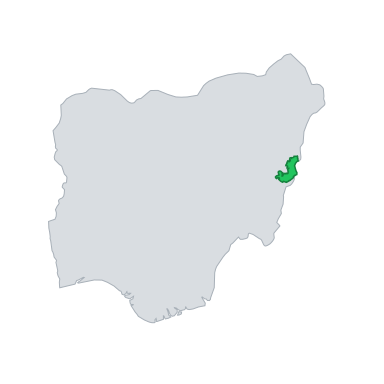 location of Fufore, Adamawa, Nigeria, rotated 349°
{"feature_id": "59680162B6607126567740", "entity_name": "Fufore", "entity_type": "district", "adm_level": 2, "iso_a3": "NGA", "parent_name": "Nigeria", "parent_adm1": "Adamawa", "projection": "mercator", "projection_center": [12.553, 9.248], "detail": "fine", "context": "in_parent", "style": "filled", "palette": "green", "viewbox_px": 384, "rotation_deg": 349, "n_neighbors": 0, "source": "geoboundaries", "source_scale": "gbopen_adm2", "svg_char_len": 7117}
<svg xmlns="http://www.w3.org/2000/svg" viewBox="0 0 384 384"><g transform="rotate(349 192 192)"><path d="M315.2,75.2L326.6,91.3L329.0,103.2L329.9,109.0L331.8,109.7L335.3,110.0L337.9,111.2L339.4,113.1L340.4,114.9L340.6,116.0L339.8,123.1L339.0,125.7L339.5,129.2L339.3,130.6L338.9,131.7L337.3,132.8L335.2,134.0L330.0,137.4L328.5,137.9L326.4,137.9L324.5,138.8L322.3,140.6L317.5,147.4L313.4,154.2L310.4,165.1L306.8,168.6L306.2,171.6L305.6,178.4L305.0,180.5L304.5,181.1L300.6,182.4L298.3,184.0L297.0,187.1L295.3,197.6L294.7,199.3L293.4,201.1L291.4,203.1L289.7,204.2L285.3,204.9L281.0,212.8L281.0,214.2L279.1,221.3L275.8,226.7L275.6,230.2L271.5,234.9L269.4,238.1L271.6,241.5L271.8,242.1L264.8,247.8L264.3,248.6L264.0,252.6L263.5,253.6L262.2,255.1L260.3,256.7L258.4,257.9L256.2,258.7L254.1,259.1L253.0,258.6L252.3,257.4L251.1,252.5L250.5,251.5L249.2,250.6L243.8,245.3L240.5,243.4L239.8,243.5L239.3,244.0L238.4,246.7L237.4,247.7L235.7,248.0L232.7,248.1L230.5,247.7L230.1,247.2L229.0,245.1L222.3,249.9L220.0,251.0L217.0,256.7L212.7,259.5L209.8,262.0L202.0,269.8L200.5,272.1L198.9,275.5L195.6,290.1L190.2,299.2L189.5,301.1L189.2,301.1L188.5,301.9L186.4,301.4L185.5,299.7L184.2,299.4L181.9,296.9L181.5,297.3L183.8,303.6L183.0,306.1L176.4,306.1L170.7,307.0L166.8,306.9L164.8,306.0L164.0,303.6L163.6,303.9L163.5,305.1L162.2,306.1L157.8,306.3L155.9,304.7L154.4,302.9L152.7,302.1L152.9,302.9L154.9,304.6L154.6,307.1L151.1,310.1L148.9,310.2L147.5,309.0L146.8,306.9L146.4,303.9L145.5,301.9L145.0,301.9L145.6,305.2L145.6,308.3L147.3,310.7L144.7,311.4L141.6,311.5L141.2,310.6L140.9,308.6L140.3,308.1L139.7,311.5L133.3,312.4L132.4,312.3L132.3,311.6L132.7,310.7L132.6,309.2L131.2,310.4L131.0,312.7L130.2,313.1L127.8,312.7L125.2,311.5L120.9,308.6L115.6,303.8L114.8,301.7L113.3,299.0L110.5,291.8L111.0,291.5L112.3,291.9L112.8,291.2L110.7,290.7L110.2,290.1L110.1,288.5L110.2,286.6L113.5,285.6L114.2,284.4L114.7,283.2L110.6,285.0L106.8,282.9L106.0,281.7L106.4,280.7L110.8,280.7L112.4,279.7L111.4,279.4L109.7,279.4L109.1,278.8L109.1,277.3L108.6,277.7L107.9,279.0L105.3,280.0L103.8,279.0L103.6,276.8L103.3,275.8L102.0,275.1L97.5,269.4L91.9,264.6L86.8,261.3L79.2,259.7L63.3,259.8L62.4,259.3L63.4,258.6L64.8,258.1L69.9,255.4L69.1,255.0L63.7,256.7L61.9,256.9L59.6,260.1L43.9,260.8L44.0,259.3L44.6,255.1L45.6,252.2L44.5,248.7L44.3,245.5L44.9,244.5L45.2,243.3L45.0,235.1L45.8,233.8L45.9,233.0L44.2,229.5L44.3,226.8L43.9,224.2L43.4,223.0L44.0,213.0L43.8,210.5L44.3,208.8L44.6,204.4L44.6,200.2L45.6,193.5L52.3,192.6L54.0,190.0L54.9,186.6L54.6,183.3L56.8,180.4L59.4,177.9L59.3,175.1L60.0,174.2L61.3,173.5L63.1,173.2L65.1,171.8L66.2,169.4L67.3,165.4L65.6,162.7L65.6,162.1L66.3,160.6L67.3,159.1L68.2,158.7L70.1,159.0L70.7,158.4L72.0,154.1L71.9,152.9L70.1,150.0L69.1,142.1L68.5,141.1L67.1,139.7L63.4,134.1L63.4,131.5L65.0,128.1L66.0,126.5L67.5,125.6L67.8,124.8L67.3,123.9L66.6,123.1L66.5,121.6L67.2,119.5L67.0,117.2L67.3,105.3L70.4,102.9L74.8,99.0L77.1,94.9L78.3,91.9L79.8,81.6L82.1,80.5L86.6,76.7L92.7,74.5L96.6,73.8L103.5,74.3L107.0,73.9L110.0,71.9L111.3,71.3L113.2,70.9L130.5,76.3L132.0,76.1L133.3,76.4L135.5,77.8L140.6,82.8L145.9,90.5L147.6,92.2L149.2,93.1L150.9,93.4L152.2,93.3L153.4,92.5L155.1,91.1L157.6,90.4L159.7,90.5L170.4,84.6L171.4,84.6L178.0,85.8L187.0,91.7L194.3,95.6L199.5,96.9L205.6,97.8L215.9,98.1L223.7,89.8L226.6,88.0L230.0,86.4L237.3,84.8L249.3,83.8L260.6,84.2L267.6,85.7L275.0,88.4L278.1,91.0L283.1,91.4L286.7,90.9L287.9,88.3L291.5,84.9L296.9,81.8L301.3,79.6L304.9,78.6L308.2,76.1L310.7,75.3L315.2,75.2ZM158.3,309.6L155.8,310.3L154.3,310.1L156.4,306.8L157.5,307.5L158.9,307.8L158.3,309.6Z" fill="#d9dde1" stroke="#a8b0b8" stroke-width="1"/><path d="M290.2,188.4L290.3,189.1L290.3,189.3L290.3,189.6L290.4,190.0L290.1,190.4L290.1,190.5L290.0,190.8L290.1,191.0L290.0,191.4L289.9,191.6L289.9,191.8L289.7,192.0L289.4,192.2L288.5,191.7L288.3,191.6L288.2,192.0L287.6,192.0L287.3,192.0L287.2,191.9L287.2,192.0L287.2,191.9L286.9,191.8L286.7,191.7L285.4,191.7L284.9,192.4L284.5,192.8L284.4,193.2L284.0,193.6L283.4,193.4L284.3,192.0L283.8,191.4L284.0,190.9L284.6,190.5L284.3,190.3L284.3,190.2L284.2,190.1L284.0,189.8L283.9,189.7L283.7,189.5L283.6,189.3L283.5,189.1L283.4,188.9L283.2,188.8L283.1,188.6L282.9,188.5L282.8,188.4L282.5,188.3L282.0,188.2L281.8,188.1L281.4,188.2L281.3,188.3L281.1,188.3L280.9,188.5L280.7,188.6L280.5,188.8L280.4,188.9L280.4,189.3L280.5,191.0L280.5,191.6L280.7,191.8L280.8,191.9L280.6,192.0L280.3,192.1L280.0,192.2L279.6,192.1L279.4,192.1L278.3,192.2L277.5,192.6L277.4,192.9L276.9,193.0L276.8,193.3L276.8,193.7L276.8,193.9L276.8,194.0L277.0,194.2L277.1,194.3L277.3,194.6L277.6,195.0L277.9,194.9L278.5,194.6L278.7,194.3L278.9,194.2L279.1,194.2L279.3,194.3L279.4,194.5L279.7,194.6L279.9,194.6L280.2,194.7L280.4,195.0L280.3,195.5L280.1,195.5L279.8,195.6L279.7,195.7L279.5,196.0L279.7,196.4L279.9,196.6L280.0,196.8L280.2,197.0L280.3,197.2L280.5,197.4L280.5,197.5L280.8,197.9L280.9,198.0L281.0,198.1L281.1,198.3L281.5,198.7L281.8,199.0L282.1,199.1L282.3,199.3L282.5,199.4L282.7,199.6L282.9,199.7L283.0,199.6L283.3,199.4L283.4,199.2L283.7,199.0L283.8,199.0L284.0,199.0L284.1,199.3L284.4,199.4L284.7,199.4L285.0,199.6L285.4,199.9L285.7,200.1L285.9,200.2L286.0,200.3L286.3,200.5L286.5,200.5L286.5,200.4L286.8,200.2L287.0,200.1L287.3,200.3L287.5,200.2L288.2,200.0L288.4,200.0L288.6,199.9L288.8,199.8L288.9,199.7L289.0,199.5L289.1,199.4L289.6,199.6L289.8,199.5L290.1,199.4L290.4,199.3L290.6,199.3L290.8,199.2L290.8,198.9L291.1,198.8L291.4,198.7L291.6,198.6L291.8,198.5L292.1,198.4L292.4,198.2L292.6,198.2L292.9,198.0L293.1,198.0L293.3,197.9L293.5,197.8L293.7,197.6L293.9,197.5L294.0,197.4L294.2,197.2L294.3,196.9L294.3,196.7L294.6,196.3L294.7,196.0L294.9,195.9L296.2,195.5L296.2,195.4L296.3,195.4L296.3,195.2L298.2,194.9L298.7,193.1L298.1,190.9L297.9,188.5L297.8,186.5L297.8,186.1L297.6,185.9L298.8,184.0L299.3,183.4L299.8,182.9L300.7,182.2L300.9,182.1L301.1,182.0L301.3,181.9L301.7,181.9L302.3,181.8L302.1,181.4L302.0,181.2L302.1,180.9L302.1,180.7L302.1,180.3L302.2,180.2L302.2,179.9L302.3,179.7L302.3,179.3L302.0,179.2L302.0,178.8L302.2,178.6L302.2,178.4L302.3,178.0L302.4,177.5L302.4,177.3L302.3,176.8L301.2,176.9L300.1,176.6L299.0,176.4L298.7,177.1L297.3,177.6L296.7,177.4L296.2,177.3L296.0,177.2L295.8,177.2L295.8,177.5L295.7,177.4L295.2,177.2L294.7,177.3L294.2,177.6L293.9,177.7L294.1,177.7L294.2,178.0L294.1,178.3L294.0,178.7L294.3,178.7L294.4,178.8L294.4,179.0L294.4,179.3L294.3,179.2L294.2,179.2L294.1,179.3L294.3,179.4L294.2,179.5L294.1,180.0L293.7,180.4L293.7,180.5L293.5,180.8L293.4,180.8L293.2,180.8L293.0,180.7L293.2,180.4L293.1,180.2L292.0,179.7L291.3,180.5L291.2,180.8L291.2,181.0L290.9,181.2L290.7,181.5L290.5,181.9L290.4,182.2L290.4,182.3L290.5,182.4L289.8,182.8L289.7,182.9L289.6,183.1L289.5,183.3L289.4,183.4L289.4,183.5L289.2,183.9L289.3,183.9L289.5,184.1L289.8,184.2L290.0,184.2L290.1,184.3L289.9,184.3L290.1,184.6L290.3,184.7L290.6,184.9L290.6,185.1L290.5,185.5L290.3,185.7L290.1,185.9L290.1,186.0L289.9,186.2L289.9,186.3L289.8,186.6L290.8,187.0L291.4,187.2L291.2,187.4L290.8,187.8L290.7,187.9L290.5,188.1L290.4,188.2L290.3,188.4L290.2,188.4Z" fill="#22c55e" stroke="#15803d" stroke-width="1.5"/></g></svg>